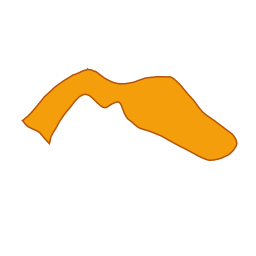 the district of Wadi Al Ayn, Hadramawt, Yemen, rotated 330°
{"feature_id": "15242507B59999910917568", "entity_name": "Wadi Al Ayn", "entity_type": "district", "adm_level": 2, "iso_a3": "YEM", "parent_name": "Yemen", "parent_adm1": "Hadramawt", "projection": "albers", "projection_center": [48.371, 15.441], "detail": "fine", "context": "isolated", "style": "filled", "palette": "amber", "viewbox_px": 256, "rotation_deg": 330, "n_neighbors": 0, "source": "geoboundaries", "source_scale": "gbopen_adm2", "svg_char_len": 5620}
<svg xmlns="http://www.w3.org/2000/svg" viewBox="0 0 256 256"><g transform="rotate(330 128 128)"><path d="M212.3,178.7L211.7,177.3L211.2,175.9L211.0,175.5L210.6,174.5L210.2,173.5L210.0,173.2L209.4,171.7L208.8,170.4L208.2,169.0L207.6,167.6L207.0,166.0L206.3,164.4L205.6,163.0L204.9,161.4L204.2,160.0L203.8,159.2L203.5,158.5L202.7,156.9L202.1,155.4L201.5,154.0L201.3,153.2L201.0,152.4L200.5,150.9L200.2,149.3L199.9,147.7L199.7,146.2L199.5,145.3L199.5,144.8L199.4,144.3L199.4,143.4L199.2,142.0L199.1,140.6L198.9,139.1L198.7,137.5L198.5,136.6L198.4,135.8L198.2,135.1L198.1,134.3L197.9,133.5L197.7,132.4L197.6,132.1L197.4,131.0L196.9,129.2L196.7,127.9L196.5,126.4L196.3,125.6L196.2,125.0L195.9,123.1L195.6,121.5L195.5,120.4L195.4,119.9L195.1,118.6L195.1,118.3L194.8,116.9L194.7,116.4L194.5,115.6L194.0,113.8L193.5,112.0L192.9,110.2L192.5,109.0L191.9,107.5L191.1,106.1L190.1,104.9L189.9,104.7L188.7,104.0L188.4,103.8L187.5,103.3L186.3,102.6L185.9,102.3L185.3,102.0L184.4,101.5L183.7,101.0L183.0,100.6L182.4,100.2L181.7,99.8L180.4,99.0L179.7,98.6L179.0,98.2L177.3,97.5L175.5,96.7L174.4,96.2L172.7,95.4L171.4,94.8L170.1,94.3L168.7,93.7L167.7,93.4L167.4,93.3L166.9,93.2L166.4,93.1L165.7,93.0L164.3,92.7L162.8,92.4L161.5,92.2L161.4,92.1L160.8,92.0L159.6,91.8L158.0,91.6L157.5,91.5L156.5,91.3L155.0,90.9L153.6,90.4L153.1,90.3L152.1,89.9L150.6,89.3L150.0,89.1L148.7,88.6L147.1,87.9L146.0,87.3L145.5,87.0L145.2,86.9L144.2,86.3L142.7,85.3L141.5,84.4L140.3,83.4L138.8,82.0L137.8,80.8L137.2,80.0L137.0,79.7L136.8,79.5L136.3,78.9L136.0,78.5L135.6,77.9L135.2,77.3L134.3,75.8L134.1,75.6L133.3,74.2L132.4,72.6L131.6,70.8L131.4,70.3L130.9,69.2L130.7,68.7L130.5,68.0L129.9,66.6L129.8,66.4L129.2,64.9L128.8,64.0L128.5,63.4L127.8,62.3L126.6,61.4L126.2,60.5L125.3,59.3L123.2,57.9L123.0,57.7L122.8,57.4L122.6,57.2L122.6,56.9L122.5,56.7L122.3,56.8L122.2,56.8L121.8,56.9L121.5,56.9L121.3,57.0L120.6,57.0L120.2,56.8L119.8,56.5L118.4,56.1L117.0,55.9L115.6,55.8L114.2,55.7L112.9,55.6L112.5,55.5L111.2,55.4L110.8,55.4L109.7,55.2L107.9,54.8L106.6,54.6L106.1,54.6L105.3,54.6L103.6,54.7L102.1,54.8L100.3,54.8L98.9,54.9L97.4,54.9L97.1,54.9L95.7,55.0L95.1,55.0L94.2,55.1L92.8,55.2L92.5,55.2L91.0,55.4L90.5,55.4L88.7,55.6L87.1,55.8L85.6,56.0L84.8,56.1L83.7,56.3L82.3,56.7L70.8,59.3L70.3,59.5L69.1,60.0L67.8,60.5L67.1,60.8L66.6,61.0L65.9,61.3L65.2,61.6L63.9,62.0L62.5,62.5L61.8,62.8L61.3,63.0L59.6,63.7L57.9,64.3L56.4,64.8L55.9,65.0L55.1,65.3L53.6,65.8L53.4,65.9L52.9,66.0L51.7,66.4L50.8,66.7L50.5,66.8L49.2,67.1L47.3,67.6L45.8,67.9L44.0,68.2L42.6,68.5L40.7,68.8L40.3,68.8L40.4,69.2L40.7,70.8L40.8,71.8L40.8,72.2L41.1,73.8L41.5,75.2L41.8,76.0L42.1,76.9L42.7,77.9L42.8,78.0L43.8,79.5L44.3,80.3L44.6,80.8L44.8,81.0L45.5,82.0L45.8,82.3L46.4,83.2L47.0,83.9L47.3,84.4L48.0,85.5L48.7,86.9L49.3,88.3L49.5,89.7L49.9,91.1L50.1,92.6L50.1,92.8L50.3,94.0L50.6,95.7L50.7,96.2L51.0,97.3L51.1,97.6L51.3,98.7L51.5,99.5L51.6,100.0L51.8,100.9L52.0,101.8L52.0,102.1L52.9,101.4L53.0,101.3L54.1,100.3L55.1,99.0L56.2,97.7L57.2,96.8L57.8,96.5L58.4,96.1L59.6,95.4L60.9,94.5L62.2,93.9L63.5,93.2L65.1,92.4L66.2,91.7L66.3,91.6L66.7,91.4L67.7,90.8L69.1,89.9L70.4,89.1L71.5,88.4L73.0,87.6L74.3,87.0L75.3,86.5L76.0,86.2L77.7,85.4L78.2,85.1L79.2,84.6L80.6,84.1L81.9,83.5L83.4,82.9L84.9,82.4L86.3,82.0L87.8,81.4L88.9,80.9L89.4,80.8L90.8,80.2L92.1,79.6L93.4,79.1L95.0,78.4L96.5,78.0L98.1,77.4L99.7,77.0L101.0,76.7L102.7,76.6L103.7,76.6L104.0,76.6L105.4,76.7L106.2,76.9L106.8,77.0L108.1,77.6L109.1,78.5L110.2,79.9L110.6,80.5L111.0,81.1L111.5,82.4L111.8,83.2L112.0,83.9L112.4,85.2L112.9,87.0L113.4,88.8L113.8,90.2L114.2,91.6L114.5,92.3L114.7,92.9L114.8,93.4L115.3,94.7L115.8,96.1L116.7,97.5L117.3,98.0L117.9,98.6L119.0,99.3L120.3,99.4L120.7,99.4L121.7,99.4L123.1,99.3L124.0,99.2L124.5,99.1L125.8,99.2L126.4,99.2L126.8,99.2L128.2,99.3L128.9,99.5L129.6,99.6L130.7,99.7L131.3,99.8L131.5,100.0L132.4,100.6L133.3,101.6L133.6,103.0L133.6,104.1L133.6,104.3L133.4,106.1L133.2,107.2L133.1,107.8L133.0,108.3L132.9,109.3L132.6,111.0L132.3,112.8L132.1,114.3L132.2,115.8L132.1,117.3L132.2,118.8L132.5,120.3L133.0,121.5L133.6,122.9L134.2,124.4L134.3,124.6L134.7,125.7L135.0,126.7L135.1,127.2L135.6,128.7L136.2,130.3L136.4,130.7L136.6,131.2L137.0,132.0L137.4,132.9L137.6,133.2L138.3,134.3L138.5,134.4L139.3,135.4L140.4,136.6L141.2,137.5L141.3,137.5L141.5,137.8L142.2,138.5L143.4,139.7L144.6,141.1L145.8,142.5L146.9,143.9L147.8,145.0L148.4,145.8L148.8,146.3L149.7,147.5L150.8,148.8L151.6,149.9L152.4,151.0L152.7,151.4L153.3,152.2L154.0,153.4L154.7,154.6L155.3,155.7L156.2,157.2L156.9,158.5L157.4,159.3L157.8,159.9L158.2,160.6L158.6,161.1L159.2,162.3L160.1,163.7L161.0,165.3L161.8,166.5L162.6,167.8L163.2,168.7L163.3,169.0L164.4,170.6L164.6,171.0L165.3,172.0L165.8,172.7L166.1,173.1L167.1,174.7L168.1,176.2L168.8,177.4L169.8,178.9L170.7,180.5L171.4,181.7L172.2,182.9L173.2,184.5L173.7,185.5L174.8,187.2L175.5,188.2L175.9,188.8L176.2,189.3L176.6,189.9L177.4,191.0L177.5,191.1L178.6,192.6L179.0,193.0L179.7,194.0L180.9,195.3L181.0,195.4L181.9,196.2L183.0,197.0L183.6,197.3L184.6,197.8L185.4,198.1L186.1,198.5L187.0,198.9L187.3,199.0L188.7,199.4L190.1,199.9L191.8,200.3L193.0,200.6L193.4,200.7L193.7,200.7L194.8,200.9L196.4,201.0L197.9,201.2L199.2,201.3L199.3,201.3L200.8,201.4L202.2,201.4L203.3,201.2L203.8,201.2L204.0,201.1L205.4,200.8L207.1,200.3L208.4,199.9L209.6,199.3L210.2,199.0L210.9,198.7L212.1,198.0L213.3,197.1L213.7,196.7L213.8,196.6L214.4,196.1L214.9,194.9L215.2,194.0L215.3,193.4L215.7,192.0L215.7,190.4L215.7,188.9L215.6,188.5L215.6,187.5L215.3,185.9L214.9,184.6L214.6,184.0L214.4,183.3L213.7,181.7L213.1,180.4L212.4,178.9L212.3,178.7Z" fill="#f59e0b" stroke="#b45309" stroke-width="1.5"/></g></svg>